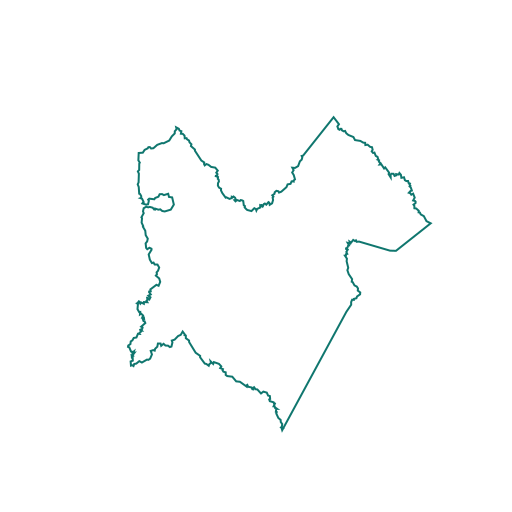 outline of Remedios, Antioquia, Colombia, rotated 142°
{"feature_id": "7082276B29490927626625", "entity_name": "Remedios", "entity_type": "district", "adm_level": 2, "iso_a3": "COL", "parent_name": "Colombia", "parent_adm1": "Antioquia", "projection": "mercator", "projection_center": [-74.552, 6.983], "detail": "fine", "context": "isolated", "style": "outline", "palette": "teal", "viewbox_px": 512, "rotation_deg": 142, "n_neighbors": 0, "source": "geoboundaries", "source_scale": "gbopen_adm2", "svg_char_len": 6123}
<svg xmlns="http://www.w3.org/2000/svg" viewBox="0 0 512 512"><g transform="rotate(142 256 256)"><path d="M98.2,174.2L100.2,178.5L99.2,184.1L100.6,187.4L100.1,189.3L101.0,190.3L99.9,191.4L100.5,194.8L101.8,196.1L100.3,198.1L100.3,199.5L97.7,199.5L96.8,200.5L96.8,201.4L98.0,203.0L95.0,204.3L93.8,208.4L95.9,208.7L95.8,210.5L96.6,211.7L94.2,212.1L92.9,211.6L91.8,214.8L92.1,216.2L91.1,216.4L91.1,217.8L90.1,218.3L90.8,219.6L90.0,221.5L91.4,222.5L92.0,224.1L90.9,226.9L93.3,228.1L91.8,230.8L91.9,233.1L93.4,232.3L95.1,234.2L95.8,233.2L97.5,233.8L97.0,236.1L98.6,237.4L99.7,237.4L101.5,235.0L101.1,238.9L99.8,239.7L99.6,246.3L101.2,246.1L100.8,251.0L102.3,252.0L100.7,252.5L101.1,254.7L100.1,255.6L100.7,256.8L100.2,256.7L99.2,259.4L100.0,261.1L99.0,264.6L100.3,265.1L100.4,267.2L98.7,267.9L97.6,270.3L98.9,271.8L99.5,275.0L101.5,276.1L100.3,278.0L101.7,279.3L102.9,282.4L106.6,286.4L106.0,289.8L108.7,294.5L109.3,297.2L108.8,299.7L110.1,300.2L110.9,302.1L110.4,303.6L111.2,304.3L112.4,304.0L113.0,305.2L112.1,308.0L109.5,308.8L109.4,317.6L157.1,306.1L158.4,306.7L158.9,305.1L160.7,303.8L163.1,303.6L167.5,300.9L171.1,301.4L173.0,303.2L173.5,300.5L176.1,299.5L176.4,296.6L178.1,292.4L180.1,292.3L180.5,291.5L182.0,292.9L184.4,291.6L187.0,293.0L189.6,291.5L196.5,291.1L198.8,291.8L198.5,293.2L199.8,294.8L202.0,294.7L203.2,293.6L205.8,293.8L205.8,292.0L206.9,291.8L208.1,289.6L210.9,287.6L213.7,287.9L212.7,289.9L213.0,290.8L216.3,290.1L216.7,291.9L217.9,292.1L219.7,291.1L220.1,292.7L220.6,293.0L221.0,292.0L221.5,293.3L222.9,291.6L226.1,292.4L227.7,291.6L227.2,293.0L227.9,294.7L231.9,294.2L234.6,297.7L234.9,299.5L235.0,301.3L234.0,302.1L234.4,303.5L232.2,307.2L232.7,308.4L233.6,309.5L234.9,309.3L236.5,311.8L238.5,311.7L238.6,313.3L237.3,312.7L236.6,314.7L237.1,316.7L238.0,316.6L238.6,317.6L239.4,316.6L241.7,317.3L243.3,320.6L244.0,320.7L243.8,326.4L243.2,329.3L242.1,330.5L243.0,332.6L242.7,334.9L241.1,336.8L239.4,337.5L238.4,339.2L238.6,340.3L237.3,341.6L239.0,344.5L238.3,343.7L236.5,343.7L235.9,344.3L236.0,346.1L233.6,346.8L233.7,350.7L236.5,353.8L237.3,357.1L238.5,359.0L240.6,359.0L240.3,360.5L239.2,361.6L240.3,364.9L239.3,376.6L238.6,377.5L239.6,382.7L238.1,383.8L238.4,386.5L237.7,388.2L238.5,390.5L238.2,391.6L239.7,392.6L238.2,394.9L238.5,397.3L239.9,398.6L238.0,400.3L239.0,401.9L238.5,403.8L239.7,406.5L240.5,404.8L243.2,404.3L244.6,402.6L248.7,402.1L253.3,400.4L259.4,401.7L260.6,402.9L265.4,404.4L270.5,404.1L272.5,405.3L272.6,407.2L273.8,408.0L275.1,407.5L278.4,408.2L281.6,407.1L285.0,409.4L289.8,403.8L290.1,401.1L291.1,400.7L295.1,395.7L297.0,395.4L297.6,393.0L303.2,386.3L305.1,385.3L305.9,382.6L309.7,377.0L309.2,376.2L309.6,373.8L310.7,372.5L311.4,372.7L310.5,371.3L311.3,367.7L311.8,367.1L312.0,367.8L313.2,367.4L311.1,364.3L309.3,363.2L306.4,365.5L306.3,366.8L304.8,366.9L301.2,363.3L299.7,363.8L296.4,362.8L293.9,364.0L291.9,362.6L291.1,360.7L286.9,359.1L288.2,356.1L286.0,353.8L289.1,347.1L294.6,345.0L300.5,347.3L302.2,349.2L302.7,351.7L304.4,352.6L306.0,355.0L306.7,354.8L306.7,355.6L307.6,355.5L307.7,357.7L309.5,360.1L311.0,360.7L312.2,362.4L315.1,362.8L317.6,360.7L318.1,358.9L322.5,357.0L322.5,356.0L325.6,352.7L326.5,348.9L327.1,348.7L327.7,344.1L330.1,340.3L330.6,336.3L332.8,334.5L335.2,333.9L337.6,330.0L337.5,328.3L334.9,328.1L333.9,326.1L334.5,325.2L339.6,323.3L341.9,318.5L342.4,314.5L340.8,313.9L341.1,311.7L338.9,309.9L339.4,306.5L342.3,304.7L344.4,304.3L345.3,302.6L347.0,302.2L346.1,297.9L347.4,294.6L351.1,292.5L352.2,294.6L359.8,294.7L360.7,293.0L362.0,293.8L362.5,293.4L362.6,290.5L365.2,291.0L364.6,288.4L367.0,287.3L367.7,288.3L367.0,289.7L367.5,290.1L368.4,288.4L369.9,288.1L370.1,286.5L372.7,288.7L373.8,287.4L375.0,289.9L376.5,289.6L376.3,290.6L377.5,291.7L375.9,291.4L376.2,292.4L378.9,291.7L378.7,290.7L382.1,287.1L382.6,283.7L381.7,283.2L383.4,281.4L382.0,281.3L381.6,278.6L383.6,277.5L382.2,276.6L382.9,275.4L383.7,276.4L384.1,275.9L384.7,273.9L384.0,273.1L384.5,271.3L390.0,271.0L389.4,269.5L390.6,268.6L392.0,269.0L391.9,267.5L392.9,268.4L393.2,267.2L395.8,267.1L395.8,266.4L396.9,267.4L400.4,265.4L402.8,266.7L405.4,265.6L407.3,265.8L409.2,263.9L411.8,264.1L412.8,263.2L412.1,262.0L413.3,257.7L411.9,256.0L411.1,256.0L412.4,255.2L411.3,254.6L412.9,254.2L413.3,255.1L413.6,254.0L414.8,254.4L414.6,253.1L415.6,253.5L416.4,252.3L415.8,251.8L417.5,249.4L419.7,250.1L422.0,246.6L420.8,246.2L420.3,244.7L418.4,245.9L416.6,244.9L412.7,245.0L411.5,242.3L405.7,241.5L404.7,240.4L402.6,240.3L398.6,242.5L397.4,246.0L394.9,245.1L394.1,243.8L392.6,245.0L389.6,245.3L387.2,247.4L385.1,245.8L386.0,243.6L382.9,243.7L382.5,241.2L380.5,239.5L380.0,237.3L378.4,236.7L375.1,239.3L374.4,241.2L371.6,240.2L366.6,240.9L363.9,240.2L360.3,241.6L360.4,238.0L361.0,237.6L360.3,236.5L361.9,234.4L360.8,230.6L361.7,229.3L363.1,216.9L361.5,211.7L362.4,210.6L362.6,202.7L361.6,201.5L360.8,198.6L359.4,199.5L357.3,199.4L356.6,200.9L356.2,197.3L354.5,198.3L351.6,193.8L351.3,190.4L353.2,189.7L351.7,187.2L352.7,186.6L352.9,184.9L351.5,183.0L353.1,180.9L352.6,179.1L349.0,175.5L348.8,169.4L346.1,166.8L343.9,159.2L343.4,159.9L342.2,159.8L342.7,157.8L340.4,155.1L340.9,153.3L340.3,152.6L339.2,153.8L338.3,153.8L338.4,151.3L337.1,150.0L336.7,144.6L333.7,144.6L331.6,141.7L332.4,138.6L331.3,137.1L332.9,134.6L333.9,134.8L334.5,133.1L332.2,129.9L332.8,128.2L332.0,128.4L331.9,128.1L334.7,126.7L333.9,125.9L334.5,124.4L333.9,124.0L333.5,122.6L334.1,123.1L336.3,121.0L335.8,120.2L337.0,119.4L338.1,114.6L337.5,111.7L338.7,109.9L338.8,107.4L340.7,105.6L341.8,105.5L341.2,103.8L342.0,104.1L342.6,102.6L219.1,156.4L211.0,159.0L209.4,161.1L207.1,162.4L205.9,161.2L205.2,161.9L202.9,160.9L201.3,161.9L197.6,161.7L196.3,163.1L197.1,166.1L195.6,167.6L195.4,169.9L196.5,172.2L195.9,175.9L196.4,176.8L194.5,178.6L194.1,184.6L192.7,188.6L190.6,189.9L187.8,196.1L186.0,197.9L185.7,201.6L184.8,201.1L184.0,202.0L182.8,201.5L182.3,203.6L179.9,204.5L180.7,206.0L180.3,206.6L178.9,206.2L177.3,207.3L176.2,207.0L175.7,209.9L174.3,208.0L173.4,209.8L172.8,208.0L169.5,208.8L168.8,206.8L167.6,206.8L167.9,205.2L165.9,203.9L147.1,177.7L142.5,173.9L98.2,174.2Z" fill="none" stroke="#0f766e" stroke-width="2"/></g></svg>